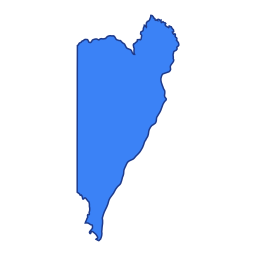 outline of Boa Vista, Roraima, Brazil
{"feature_id": "56859067B27069997070739", "entity_name": "Boa Vista", "entity_type": "district", "adm_level": 2, "iso_a3": "BRA", "parent_name": "Brazil", "parent_adm1": "Roraima", "projection": "equal_earth", "projection_center": [-60.644, 3.017], "detail": "fine", "context": "isolated", "style": "filled", "palette": "blue", "viewbox_px": 256, "rotation_deg": 0, "n_neighbors": 0, "source": "geoboundaries", "source_scale": "gbopen_adm2", "svg_char_len": 5175}
<svg xmlns="http://www.w3.org/2000/svg" viewBox="0 0 256 256"><path d="M77.4,45.5L77.3,73.2L77.3,75.5L77.3,78.1L77.3,79.5L77.3,89.5L77.3,91.4L77.2,146.2L77.2,147.8L77.2,148.8L77.2,157.2L77.2,163.1L77.2,164.1L77.2,192.2L78.3,193.0L79.4,193.8L79.8,194.4L80.0,195.0L80.6,195.3L81.2,195.0L81.6,195.4L82.1,196.4L82.5,197.6L82.6,198.5L82.8,199.0L83.3,199.1L83.8,198.8L84.3,198.2L84.8,197.9L85.4,198.0L85.8,198.3L86.2,198.7L86.6,199.5L87.1,199.9L87.8,200.9L88.7,201.7L89.1,202.5L89.4,204.0L89.4,206.3L89.5,207.1L89.7,207.9L89.7,208.5L89.7,209.9L89.6,210.8L89.4,211.5L89.2,212.1L89.1,212.9L89.4,213.9L89.2,214.6L87.8,214.6L87.5,215.3L87.7,217.3L87.0,218.5L86.4,220.2L85.8,221.5L85.4,222.3L85.3,223.0L86.0,222.8L86.7,223.0L87.7,223.0L88.5,223.3L89.0,223.6L89.4,223.8L90.3,224.5L90.9,224.8L92.0,224.9L92.4,225.5L92.5,226.8L92.4,228.4L91.9,228.9L91.5,229.5L89.7,231.6L89.5,232.1L89.5,232.7L89.8,233.3L90.2,233.6L90.7,233.3L90.9,232.8L91.1,232.0L91.8,231.5L92.6,231.6L93.7,232.4L94.3,232.9L95.8,234.2L97.0,235.9L97.5,236.8L97.7,237.4L97.6,238.0L97.2,238.4L96.3,238.8L96.0,239.3L96.7,239.6L98.0,240.3L98.5,240.6L99.1,240.5L99.7,239.8L100.2,239.3L100.6,239.0L101.0,237.8L101.3,237.1L101.7,235.5L101.9,233.6L101.7,231.4L101.9,229.7L102.1,227.0L102.6,223.3L102.6,220.5L102.3,218.0L102.7,216.7L103.4,214.4L104.3,211.9L106.8,206.7L107.9,203.9L108.6,201.3L109.2,199.5L110.2,197.7L111.0,196.6L113.5,193.2L115.7,189.1L117.1,187.2L117.9,186.3L119.1,185.2L119.9,184.5L120.7,183.3L121.5,181.0L122.1,178.8L122.5,177.1L123.1,175.7L123.6,173.9L123.8,171.1L123.9,170.3L124.1,169.5L124.8,167.8L125.8,165.7L126.0,165.2L126.5,164.1L127.2,162.8L128.1,161.7L129.4,160.8L132.9,159.2L133.6,158.7L134.3,158.0L135.8,156.2L138.5,153.5L140.0,151.7L141.2,149.8L142.5,147.5L143.5,145.0L144.6,141.6L145.5,140.3L145.9,139.6L146.3,138.7L147.0,137.6L147.7,136.4L148.3,134.5L148.8,131.1L149.1,130.0L149.5,129.0L150.1,127.9L150.6,127.0L151.4,126.0L152.0,125.4L153.5,124.5L155.1,123.3L155.7,122.6L155.9,122.0L156.1,121.5L156.3,120.8L156.5,118.5L156.6,117.8L156.8,117.2L160.0,111.9L160.8,110.2L161.6,108.0L162.9,104.4L163.5,103.3L164.2,102.1L164.8,101.3L165.7,100.4L166.1,99.9L166.3,99.0L165.9,98.3L165.1,97.4L164.7,96.7L164.5,95.6L164.8,93.1L164.8,92.5L164.8,91.7L164.7,90.9L164.5,90.3L164.1,89.8L163.4,88.4L163.1,87.5L162.9,86.9L162.6,86.2L161.9,84.2L161.3,82.4L161.0,80.9L160.9,79.8L160.9,78.7L161.1,77.7L161.6,75.9L162.3,74.5L162.7,74.1L163.1,73.8L168.3,72.0L168.9,71.8L169.8,71.0L170.2,70.5L170.6,69.3L170.4,67.7L170.3,66.9L170.4,66.1L170.6,65.5L171.0,64.9L171.7,63.9L172.7,62.6L173.4,61.5L173.7,60.4L173.7,59.7L173.4,59.1L173.2,58.5L173.3,57.7L173.3,57.1L173.1,55.5L173.1,54.8L173.2,53.8L173.5,53.1L173.6,52.0L174.0,51.4L176.2,50.2L177.1,49.0L176.8,47.3L177.7,46.3L178.3,46.0L178.8,45.2L178.8,44.4L178.6,43.4L178.3,42.5L177.4,41.4L177.1,40.8L176.5,40.3L176.8,39.3L176.9,38.8L176.8,38.2L176.4,37.6L175.7,37.3L175.2,36.6L175.2,35.7L175.4,34.9L175.3,34.2L174.8,33.8L174.1,34.4L173.6,34.3L172.6,32.9L172.4,32.0L173.2,32.0L173.7,31.5L173.4,29.7L172.4,28.8L172.0,28.2L171.3,26.8L170.3,26.7L169.7,26.0L169.1,26.0L169.0,27.0L168.6,27.6L166.4,26.4L166.0,26.1L165.6,25.6L165.2,25.1L165.2,24.5L165.8,23.6L165.3,22.9L164.0,22.6L163.0,21.7L161.7,22.6L161.3,22.5L161.1,21.7L161.0,20.1L160.1,20.6L159.6,19.8L159.2,19.6L158.4,19.3L157.6,19.5L157.2,19.8L157.5,20.5L156.9,20.3L156.4,20.0L155.9,20.3L155.2,20.0L154.9,18.7L154.4,18.3L154.0,18.0L153.5,17.9L153.5,17.2L153.1,16.6L152.4,15.8L151.9,15.5L151.4,15.4L150.8,15.4L150.8,16.0L150.6,17.1L150.5,17.7L150.1,18.2L150.0,18.8L149.7,19.5L149.5,20.0L148.9,20.7L148.5,21.1L148.0,21.3L147.4,21.4L147.1,21.9L146.8,22.4L146.4,22.9L146.4,23.8L146.2,24.3L146.1,25.2L146.4,26.0L146.5,26.5L146.4,27.2L144.3,25.3L144.1,26.3L143.9,26.9L143.6,27.6L143.3,28.3L143.4,28.9L143.2,29.7L142.9,30.7L142.5,31.0L141.9,31.4L140.9,31.9L140.7,32.7L140.6,33.5L140.6,34.1L141.4,34.8L141.7,35.7L141.5,36.7L141.2,38.6L140.9,39.4L140.4,39.8L139.6,39.5L138.9,39.6L138.1,39.7L137.4,39.7L137.2,40.5L137.2,41.3L136.5,42.0L135.8,42.4L135.2,43.0L134.8,43.3L134.2,43.9L133.7,43.9L133.4,44.5L133.3,45.3L133.5,46.0L133.6,47.1L134.1,48.3L134.1,49.0L134.0,50.3L134.0,50.9L134.0,51.7L134.0,52.9L134.3,53.5L134.6,54.4L133.9,54.4L133.5,54.2L132.8,53.5L132.3,52.8L132.0,52.0L131.7,51.2L131.4,50.6L131.1,50.2L130.5,49.7L127.5,48.5L127.0,48.2L126.3,47.5L125.7,46.4L125.4,45.8L125.0,45.0L124.7,44.3L123.8,43.5L123.3,43.3L122.2,42.4L121.6,41.9L120.7,40.8L120.1,40.5L119.5,40.6L118.9,40.5L117.8,40.1L117.4,40.0L116.7,39.7L116.2,39.3L115.5,38.2L114.9,37.1L114.5,36.6L114.1,36.4L113.8,35.9L113.3,35.9L112.3,35.9L111.4,35.9L110.9,35.8L110.2,35.7L109.6,35.8L108.9,35.9L108.0,36.3L107.4,36.5L106.6,37.3L106.1,37.8L105.6,38.5L104.6,38.6L103.8,38.9L103.2,38.8L102.5,38.9L101.7,38.7L101.1,38.7L100.2,38.9L99.1,39.8L98.6,39.9L98.0,39.6L97.5,39.4L96.7,39.0L96.3,39.0L95.5,39.0L94.2,39.3L93.2,39.7L92.5,40.0L92.1,40.5L91.9,40.9L91.6,41.4L91.1,42.1L90.2,42.6L89.4,42.4L88.8,42.1L88.5,41.3L87.6,39.7L87.0,39.5L86.4,39.5L85.2,39.4L84.6,39.6L84.2,39.8L83.8,40.2L83.4,40.6L82.9,40.8L82.4,40.9L82.0,41.1L81.5,41.7L81.0,42.3L79.9,42.8L79.3,43.2L78.9,43.7L78.7,44.4L78.4,44.8L78.0,45.1L77.4,45.5Z" fill="#3b82f6" stroke="#1e3a8a" stroke-width="1.5"/></svg>